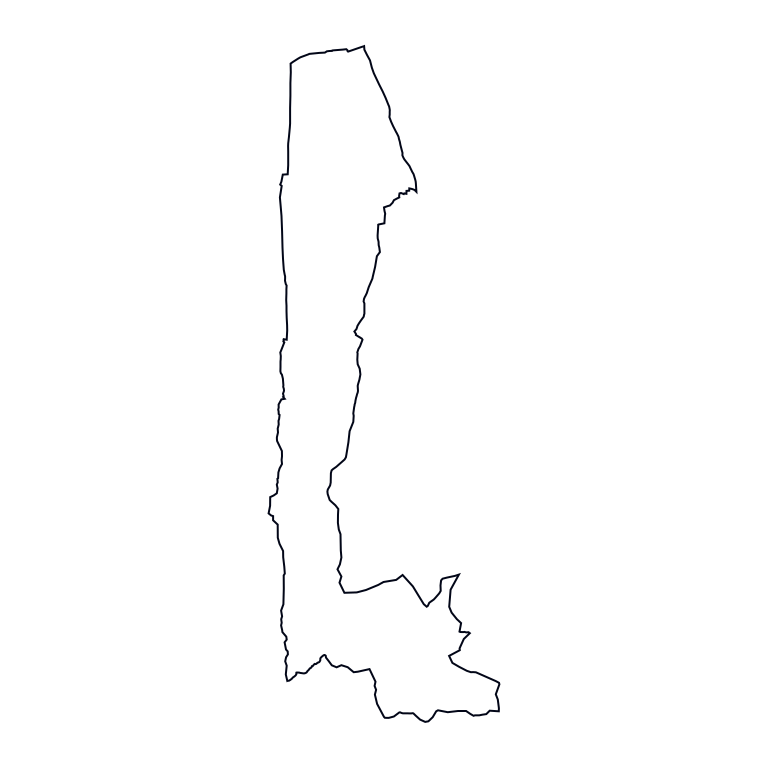 outline of Sambata De Sus, Brasov, Romania
{"feature_id": "2599482B2272627924315", "entity_name": "Sambata De Sus", "entity_type": "district", "adm_level": 2, "iso_a3": "ROU", "parent_name": "Romania", "parent_adm1": "Brasov", "projection": "albers", "projection_center": [24.821, 45.691], "detail": "fine", "context": "isolated", "style": "outline", "palette": "ink", "viewbox_px": 768, "rotation_deg": 0, "n_neighbors": 0, "source": "geoboundaries", "source_scale": "gbopen_adm2", "svg_char_len": 6013}
<svg xmlns="http://www.w3.org/2000/svg" viewBox="0 0 768 768"><path d="M498.8,711.3L498.9,708.2L497.8,699.5L495.8,694.3L499.4,684.3L499.0,682.8L495.8,681.1L475.9,672.3L473.1,672.1L470.9,672.2L466.8,670.8L459.1,666.8L452.4,662.9L449.1,655.9L459.8,650.2L459.6,648.3L463.8,639.0L469.8,633.2L468.5,632.2L466.3,632.4L464.4,631.9L463.3,632.1L460.3,632.0L459.5,631.6L461.1,623.1L456.9,619.2L451.6,612.6L449.2,606.8L450.6,589.7L458.9,574.6L454.9,575.9L446.9,577.6L442.6,578.7L441.1,580.4L440.5,585.4L440.7,590.9L439.2,593.4L435.3,597.9L433.8,599.5L429.3,602.7L427.8,605.9L426.7,606.7L423.8,604.2L418.2,595.1L412.9,586.4L402.6,575.0L396.2,579.9L383.5,582.0L378.1,585.0L366.0,590.0L356.8,592.4L344.4,592.8L339.5,582.7L341.4,576.5L337.5,569.3L339.9,564.4L341.4,557.5L340.8,550.5L340.5,534.2L338.8,529.5L337.9,522.9L338.0,514.6L338.3,509.0L335.4,505.3L331.4,501.7L329.7,500.0L327.7,494.1L327.4,491.6L327.8,489.5L330.1,485.5L330.7,482.6L330.9,473.2L331.6,470.4L332.9,469.2L336.2,466.9L344.6,459.5L345.9,457.3L346.4,454.6L348.4,442.3L349.6,431.2L353.3,421.9L353.7,415.8L353.3,413.4L354.2,406.9L354.5,405.7L354.6,404.6L355.2,402.8L355.4,401.1L355.6,400.0L356.1,397.7L356.6,396.1L357.1,394.1L357.4,393.4L357.7,392.5L358.0,390.9L357.9,389.4L357.8,387.6L357.7,385.9L358.0,384.4L359.4,379.7L360.4,374.4L359.7,368.7L357.7,364.3L357.3,359.7L357.6,353.5L357.3,352.4L358.0,350.3L358.4,349.0L360.0,346.3L362.5,339.7L361.8,338.6L355.9,335.0L356.0,334.0L354.4,331.5L356.5,329.0L357.5,325.8L359.0,323.3L360.9,320.5L362.0,319.0L363.7,316.7L364.1,314.5L364.4,313.8L364.4,303.4L363.6,301.5L364.0,298.9L364.8,297.0L365.5,295.8L366.8,293.1L368.7,287.2L372.4,278.6L372.8,276.6L375.1,266.9L376.6,257.9L376.9,256.2L379.9,252.1L379.3,247.6L378.7,245.2L378.6,243.5L378.6,242.1L378.3,240.6L378.0,239.6L377.7,238.3L377.6,235.5L378.2,226.4L378.2,224.7L378.5,224.5L384.4,223.3L384.9,215.5L385.2,213.8L384.5,210.9L384.0,207.4L387.7,206.1L389.9,205.5L392.6,202.7L393.9,200.2L396.8,198.6L399.3,197.4L399.2,196.8L399.1,196.0L399.5,193.4L401.0,193.0L403.8,194.1L404.3,193.4L406.4,193.8L406.5,190.9L409.2,190.7L409.3,188.4L411.2,188.8L412.7,189.2L413.6,189.6L414.5,189.9L416.4,191.8L415.9,183.8L415.7,181.7L415.3,179.9L414.0,175.5L413.5,174.0L412.3,172.0L410.6,168.5L409.5,166.1L408.1,164.2L406.6,162.3L404.6,159.7L404.0,158.8L403.1,157.0L402.4,155.3L402.5,152.9L401.8,150.3L400.4,144.9L399.8,141.7L398.9,138.7L398.6,137.0L398.2,136.0L396.8,133.2L396.1,132.0L393.1,126.1L391.1,121.7L389.4,117.1L389.7,114.6L389.7,111.7L389.8,110.2L389.6,108.9L389.1,106.4L388.5,105.1L385.6,97.9L382.7,91.5L379.0,84.2L373.8,73.2L371.9,67.8L370.0,60.4L367.0,54.9L364.4,49.7L364.1,46.1L348.1,51.6L347.6,51.2L347.4,50.2L346.3,49.2L342.8,49.6L332.8,50.4L332.1,50.6L332.0,50.9L329.4,51.0L326.9,51.3L324.9,52.6L319.3,52.9L309.2,53.9L308.8,54.2L300.4,57.3L298.3,58.5L292.8,62.0L290.6,63.6L290.8,72.2L290.4,83.2L290.4,95.7L290.1,107.9L290.1,123.6L289.8,127.8L288.9,137.3L288.2,143.4L288.1,146.0L288.2,151.5L288.2,165.2L287.7,174.3L282.8,174.6L281.4,181.7L280.2,184.6L281.7,185.9L279.9,197.4L280.8,207.7L281.5,216.0L282.1,231.7L282.5,247.6L283.0,258.7L283.3,263.0L283.8,269.8L284.7,274.7L285.1,276.3L285.1,278.6L285.0,280.7L285.8,284.1L286.6,285.5L286.4,289.4L286.4,293.5L286.2,300.1L286.5,305.8L286.5,311.1L286.7,317.8L287.1,325.2L287.2,330.6L286.7,339.7L283.7,339.2L283.5,339.9L283.7,340.8L283.4,341.5L284.3,342.4L281.4,349.8L280.5,352.0L280.3,352.5L280.8,356.0L280.7,359.3L280.5,361.6L280.5,366.9L280.4,371.3L280.9,373.3L281.9,374.6L282.9,378.7L283.4,385.3L283.2,386.8L283.8,388.7L284.0,390.4L283.9,391.2L283.0,393.7L283.7,396.2L283.1,396.9L284.7,398.8L281.4,399.4L278.6,404.5L278.7,407.6L278.2,409.7L278.6,411.3L278.7,414.0L279.6,414.9L279.1,419.0L278.5,420.9L278.7,424.6L277.7,428.6L278.0,432.5L276.9,437.2L276.9,439.1L277.1,441.0L281.9,451.0L282.0,456.3L281.6,459.9L282.0,464.0L279.6,468.4L278.4,472.4L278.1,478.2L277.4,478.8L277.7,482.4L276.8,484.6L277.6,488.6L276.8,493.3L273.6,495.5L270.2,497.1L270.1,505.8L268.6,513.4L271.2,515.5L273.1,516.1L273.1,520.3L277.7,524.6L277.8,537.8L279.5,543.8L283.1,551.0L283.2,557.3L284.3,566.8L284.8,573.6L283.7,575.4L283.8,588.7L283.4,604.3L281.1,610.6L282.1,616.4L281.2,619.2L281.7,622.8L281.1,625.4L282.2,630.3L282.4,632.1L286.3,636.7L286.7,639.6L284.6,642.3L286.0,649.5L287.7,651.4L287.9,654.4L286.1,657.2L285.2,661.3L286.7,665.7L285.8,674.4L287.3,680.9L287.5,680.8L288.0,680.8L288.8,680.7L289.2,680.6L289.6,680.3L290.2,680.0L290.3,679.9L290.6,679.7L291.7,678.8L292.0,678.6L292.3,678.2L292.6,677.7L293.0,677.4L294.2,676.6L295.4,675.6L295.7,675.3L296.1,674.6L296.2,674.4L296.2,674.2L296.4,674.0L296.4,673.5L296.4,673.1L296.3,672.9L296.4,672.6L296.8,672.5L297.2,672.5L297.4,672.5L298.9,672.6L299.2,672.6L300.1,672.9L301.5,673.1L302.9,673.3L303.6,673.4L304.0,673.4L304.8,673.3L305.1,673.1L305.3,673.1L306.0,672.8L306.6,672.4L306.8,672.1L307.2,671.6L307.5,671.0L307.8,670.8L308.3,670.3L308.5,670.1L308.9,669.7L309.5,668.8L309.8,668.4L310.1,668.3L310.3,668.2L310.6,668.1L310.8,667.9L311.0,667.7L311.6,667.1L311.8,666.4L311.9,666.2L312.0,666.2L312.7,666.0L312.9,665.9L313.4,665.2L313.7,664.9L314.2,664.3L314.6,664.0L314.8,663.9L315.0,664.0L315.4,664.1L316.0,664.0L316.6,663.6L317.2,663.0L317.6,662.7L317.9,662.6L318.4,662.5L318.8,662.3L319.3,662.0L319.8,661.3L320.1,660.7L320.3,660.2L320.3,659.8L320.3,659.2L320.3,658.9L320.4,658.3L320.6,658.0L321.2,657.3L321.8,656.7L322.9,655.8L323.4,655.4L323.6,655.3L324.1,655.1L324.3,655.0L324.5,655.0L324.9,655.1L325.7,655.7L326.0,657.6L328.8,661.2L331.8,665.3L336.6,667.3L341.4,665.2L347.7,667.2L353.7,672.2L357.9,671.7L369.5,669.1L375.5,681.7L374.6,685.9L376.1,689.8L374.9,694.6L377.1,703.9L384.0,716.9L384.9,717.8L388.7,717.9L393.9,716.5L399.2,712.5L400.0,712.3L401.6,713.0L402.8,713.3L411.2,713.4L412.6,713.2L413.4,713.4L415.9,715.8L420.1,719.6L425.2,721.9L428.4,721.3L432.7,717.2L436.2,711.3L438.0,710.3L447.8,712.2L451.1,711.8L458.0,711.0L466.1,711.0L470.3,713.9L473.6,715.8L475.0,715.3L479.4,715.3L482.3,714.7L486.3,714.1L489.7,710.7L498.8,711.3Z" fill="none" stroke="#020617" stroke-width="2"/></svg>